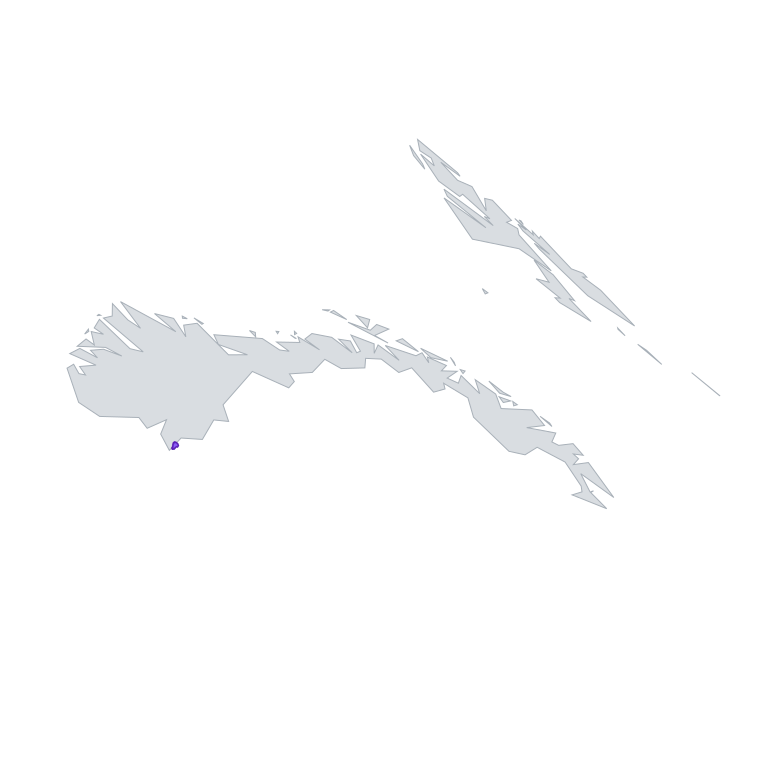 Aremark nor, Østfold, Norway (highlighted), rotated 41°
{"feature_id": "86288312B17022032090609", "entity_name": "Aremark nor", "entity_type": "district", "adm_level": 2, "iso_a3": "NOR", "parent_name": "Norway", "parent_adm1": "Østfold", "projection": "equal_earth", "projection_center": [11.67, 59.186], "detail": "fine", "context": "in_parent", "style": "filled", "palette": "violet", "viewbox_px": 768, "rotation_deg": 41, "n_neighbors": 0, "source": "geoboundaries", "source_scale": "gbopen_adm2", "svg_char_len": 5146}
<svg xmlns="http://www.w3.org/2000/svg" viewBox="0 0 768 768"><g transform="rotate(41 384 384)"><path d="M456.4,339.4L428.5,344.3L433.3,347.7L426.8,357.6L394.3,353.6L387.6,365.6L365.6,367.0L353.3,376.7L359.0,384.4L341.6,400.4L323.1,404.2L322.3,422.3L306.0,438.4L314.7,441.0L314.6,449.4L276.4,460.9L276.2,505.3L291.3,514.2L279.1,522.8L283.3,545.0L266.3,557.9L265.5,574.9L248.3,568.3L243.3,553.6L234.3,572.8L221.0,570.1L190.7,595.0L165.6,598.2L134.4,580.0L136.8,572.7L147.0,576.3L152.8,573.0L142.8,570.5L154.3,558.7L126.9,567.2L131.1,556.7L150.6,552.2L140.4,551.1L149.5,541.8L167.8,534.9L149.9,539.0L127.7,556.8L129.6,545.5L139.8,544.6L128.6,536.5L139.7,530.5L128.5,531.8L126.8,521.9L169.1,524.0L181.2,517.7L129.0,518.3L134.3,511.0L126.3,501.5L148.7,503.7L163.7,501.7L131.1,494.7L192.6,481.1L164.6,481.4L182.2,472.5L203.5,478.4L194.2,471.0L203.1,460.8L247.5,464.0L261.8,451.5L233.1,462.8L223.3,458.4L262.4,429.5L282.9,426.8L291.0,421.5L275.4,422.8L293.2,407.9L288.2,404.8L312.9,400.5L294.8,402.0L296.5,393.2L313.9,383.1L339.5,381.3L320.4,379.9L330.4,373.6L342.9,378.3L344.7,374.7L327.0,368.7L350.2,360.2L356.5,367.3L353.9,358.4L379.9,356.2L359.7,354.1L389.6,341.7L392.2,335.5L403.9,338.6L399.0,335.2L419.0,329.1L418.7,336.4L430.9,326.4L427.8,338.1L439.6,334.6L436.6,327.0L462.6,328.5L450.0,320.9L474.9,318.3L488.5,325.7L512.7,306.5L532.4,310.0L520.3,323.3L545.8,308.3L548.7,317.6L556.1,315.7L565.8,305.0L581.1,307.1L572.8,312.6L579.9,312.8L579.8,320.6L589.8,309.2L631.9,318.9L591.3,322.6L610.1,330.2L633.9,332.0L598.7,344.3L604.2,335.5L599.8,331.7L571.9,324.1L541.1,331.3L536.9,344.9L522.5,352.8L473.3,350.3L456.4,339.4ZM345.2,174.2L372.9,176.9L370.4,181.5L382.9,179.0L388.1,182.9L436.0,188.9L397.2,193.3L355.7,216.7L307.2,204.2L358.4,199.2L308.7,200.8L301.4,197.6L362.5,192.8L349.8,191.8L355.5,189.8L318.9,189.2L318.1,192.8L292.1,195.0L260.8,186.5L278.9,186.4L271.4,182.5L258.0,184.4L248.9,177.4L301.1,176.3L305.1,177.3L281.4,179.4L305.9,182.0L320.9,177.3L347.6,186.2L338.2,177.9L345.2,174.2ZM405.1,169.8L449.8,174.2L461.6,169.8L467.0,170.3L463.9,172.8L485.9,171.1L535.1,175.8L479.9,183.7L413.1,180.3L405.1,179.2L424.1,177.5L388.4,177.3L380.1,175.5L390.4,174.4L374.1,173.3L398.8,173.5L395.7,171.3L405.7,172.4L405.1,169.8ZM440.0,190.6L473.1,196.1L467.5,198.1L499.3,201.0L463.2,207.3L456.5,206.7L460.6,203.6L429.7,204.8L441.8,198.9L416.0,192.1L440.0,190.6ZM345.1,353.5L360.2,350.4L316.3,361.0L338.4,352.4L339.4,343.9L351.6,339.4L345.1,353.5ZM368.2,337.7L388.8,337.0L364.9,343.4L368.2,337.7ZM388.2,333.0L417.1,325.0L402.1,333.4L388.2,333.0ZM246.7,187.0L268.8,192.6L273.9,195.1L256.5,192.2L246.7,187.0ZM330.9,344.7L334.7,352.4L318.2,350.5L330.9,344.7ZM488.2,310.1L477.3,315.1L461.2,313.0L479.4,312.0L488.2,310.1ZM490.7,313.7L486.2,319.7L479.3,318.1L490.7,313.7ZM297.7,361.6L313.6,359.8L296.4,364.9L297.7,361.6ZM644.3,172.7L608.7,173.6L645.5,172.5L644.3,172.7ZM560.0,186.3L580.8,187.0L549.4,187.6L560.0,186.3ZM523.0,306.0L534.6,304.8L538.6,305.9L523.0,306.0ZM498.2,312.2L496.2,315.4L492.7,312.7L498.2,312.2ZM436.7,321.0L436.8,324.3L432.1,323.1L436.7,321.0ZM402.6,247.0L401.3,249.6L395.6,247.5L402.6,247.0ZM534.3,189.4L524.7,189.2L523.6,188.4L534.3,189.4ZM253.0,429.5L256.2,432.6L247.4,431.9L253.0,429.5ZM416.6,320.3L422.6,321.5L426.1,323.4L416.6,320.3ZM380.4,171.0L384.5,172.2L378.2,171.7L380.4,171.0ZM207.4,458.4L197.2,458.8L207.9,456.9L207.4,458.4ZM192.7,463.8L188.8,466.6L187.2,465.1L192.7,463.8ZM293.9,365.7L288.6,368.5L294.3,363.8L293.9,365.7ZM126.7,538.0L125.3,542.7L124.9,536.5L126.7,538.0ZM284.1,405.4L281.8,403.0L284.9,403.1L284.1,405.4ZM612.2,327.2L611.4,329.8L610.9,329.3L612.2,327.2ZM286.9,407.8L281.2,408.3L288.1,407.2L286.9,407.8ZM270.2,413.4L270.7,415.8L268.0,415.0L270.2,413.4ZM125.1,518.0L122.5,520.8L123.1,518.5L125.1,518.0Z" fill="#d9dde1" stroke="#a8b0b8" stroke-width="1"/><path d="M266.9,572.1L267.1,572.0L267.2,571.9L267.3,571.9L267.5,571.7L267.8,571.3L267.8,571.2L268.0,571.1L268.1,570.9L268.3,570.8L268.4,570.7L268.4,570.4L268.3,570.2L268.2,570.2L268.1,569.9L268.4,569.5L268.4,569.4L268.4,569.0L268.3,568.9L268.3,568.6L268.4,568.2L268.5,568.0L268.5,567.9L268.5,567.7L268.7,567.4L268.8,567.4L269.0,567.2L269.4,566.9L269.5,566.9L269.4,566.2L269.3,565.4L268.9,565.2L268.7,565.1L268.5,564.9L268.3,564.8L268.2,564.7L267.9,564.5L267.7,564.5L267.4,564.5L267.2,564.5L266.9,564.6L266.7,564.5L266.7,564.4L266.4,564.4L266.2,564.4L265.9,564.4L265.5,564.4L265.3,564.6L265.2,564.6L265.1,564.8L264.9,564.9L264.7,564.9L264.4,564.9L264.4,565.0L264.2,564.9L264.1,565.0L264.3,565.2L264.3,565.3L264.4,565.5L264.2,565.6L263.9,565.7L263.8,565.8L263.7,565.9L263.7,566.0L263.6,566.3L263.6,566.5L263.8,566.6L264.0,566.8L263.8,566.9L263.7,566.9L263.9,567.0L264.0,567.2L264.0,567.3L264.1,567.5L264.3,567.6L264.3,567.8L264.2,568.0L264.3,568.1L264.5,568.2L264.5,568.3L264.4,568.3L264.5,568.3L264.8,568.5L265.0,568.9L265.2,569.0L265.3,569.1L265.3,569.3L265.2,569.4L265.2,569.6L265.3,569.7L265.4,569.8L265.5,569.8L265.8,569.9L265.8,570.0L265.8,570.3L266.0,570.3L266.2,570.5L266.2,570.8L266.2,571.0L266.3,571.0L266.2,571.3L266.0,571.5L266.3,571.7L266.3,571.8L266.6,571.9L266.7,572.0L266.9,572.1Z" fill="#8b5cf6" stroke="#5b21b6" stroke-width="1.5"/></g></svg>